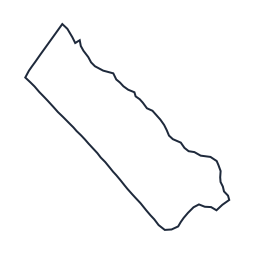 Balneário Rincão, Santa Catarina, Brazil (Equal Earth projection), rotated 94°
{"feature_id": "56859067B51048892739897", "entity_name": "Balneário Rincão", "entity_type": "district", "adm_level": 2, "iso_a3": "BRA", "parent_name": "Brazil", "parent_adm1": "Santa Catarina", "projection": "equal_earth", "projection_center": [-49.252, -28.826], "detail": "fine", "context": "isolated", "style": "outline", "palette": "slate", "viewbox_px": 256, "rotation_deg": 94, "n_neighbors": 0, "source": "geoboundaries", "source_scale": "gbopen_adm2", "svg_char_len": 1194}
<svg xmlns="http://www.w3.org/2000/svg" viewBox="0 0 256 256"><g transform="rotate(94 128 128)"><path d="M84.8,234.0L89.4,228.4L93.1,224.1L98.2,219.1L103.2,213.5L106.4,210.0L111.9,204.2L117.1,198.9L121.5,193.6L127.3,187.0L131.2,182.5L134.7,179.0L138.6,174.3L142.4,170.2L146.5,166.1L150.9,161.4L155.2,156.8L159.3,153.2L163.6,148.3L168.6,143.6L172.7,139.8L175.9,136.4L180.9,131.6L185.3,127.6L188.8,124.3L193.4,119.6L197.1,115.7L202.3,110.1L208.7,104.2L213.5,99.5L217.3,95.4L222.7,90.7L227.1,84.2L226.2,77.5L222.7,71.1L218.1,68.8L213.8,66.2L208.5,62.3L202.5,57.1L199.3,51.9L201.2,45.9L201.1,39.6L203.9,34.0L198.0,28.5L192.7,22.0L188.5,23.5L184.6,27.8L179.8,29.3L175.4,31.9L170.8,32.6L164.5,32.6L158.7,35.2L154.8,37.2L151.1,43.7L150.5,53.6L147.4,60.1L146.9,65.9L143.9,70.3L138.9,74.3L136.0,82.5L132.7,86.6L127.3,89.3L122.4,92.2L117.4,96.3L109.1,104.8L107.0,110.5L101.7,115.0L98.5,118.3L95.9,122.6L91.9,124.1L89.8,130.5L86.7,135.5L83.2,139.2L80.4,143.1L74.5,146.5L72.5,156.8L68.7,165.3L65.1,169.4L60.0,172.6L54.1,177.8L49.5,180.8L43.8,182.3L46.9,186.6L41.4,189.8L33.3,195.4L28.9,200.8L60.6,220.4L68.6,225.2L73.2,228.1L77.7,230.8L84.8,234.0Z" fill="none" stroke="#1e293b" stroke-width="2"/></g></svg>